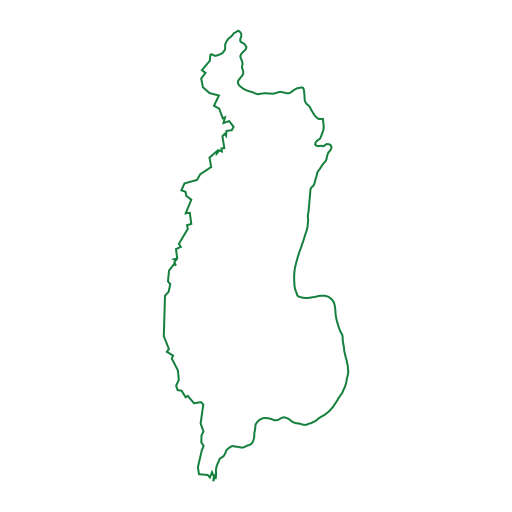 outline of IX-1 Rupununi West, Upper Takutu-Upper Essequibo, Guyana
{"feature_id": "73187651B14852666038275", "entity_name": "IX-1 Rupununi West", "entity_type": "district", "adm_level": 2, "iso_a3": "GUY", "parent_name": "Guyana", "parent_adm1": "Upper Takutu-Upper Essequibo", "projection": "robinson", "projection_center": [-59.236, 3.169], "detail": "fine", "context": "isolated", "style": "outline", "palette": "green", "viewbox_px": 512, "rotation_deg": 0, "n_neighbors": 0, "source": "geoboundaries", "source_scale": "gbopen_adm2", "svg_char_len": 6009}
<svg xmlns="http://www.w3.org/2000/svg" viewBox="0 0 512 512"><path d="M238.1,30.7L236.8,31.6L235.1,32.6L233.9,33.2L232.9,34.5L232.0,35.6L231.1,36.6L229.6,37.7L228.4,38.7L227.3,40.2L226.5,41.4L225.8,42.9L225.2,44.6L225.1,46.0L225.2,47.4L225.1,48.9L224.6,50.3L222.9,52.6L221.8,53.5L220.4,54.1L219.2,54.7L218.0,55.2L215.2,55.9L211.3,54.2L210.4,54.9L209.8,60.8L201.9,70.2L205.5,72.9L201.2,78.5L202.9,87.2L209.5,93.1L218.9,95.5L214.0,105.8L219.1,108.6L222.8,118.4L225.0,117.3L223.5,123.0L229.2,121.1L233.6,126.8L231.8,130.2L226.5,130.9L226.0,135.8L224.6,133.9L222.4,136.2L224.3,148.1L221.5,148.4L221.9,151.5L219.3,150.4L216.9,153.4L217.1,151.0L209.5,157.6L211.2,167.0L200.2,174.3L197.1,179.9L184.5,183.4L181.4,190.3L185.5,191.8L186.3,195.9L191.3,199.7L185.7,213.3L189.8,212.8L191.3,223.9L187.0,225.2L187.8,228.9L178.9,243.8L180.8,246.9L176.0,249.1L177.2,258.5L174.1,259.3L176.0,260.1L174.4,262.1L175.9,265.5L174.1,264.0L169.0,270.6L168.0,281.4L170.3,284.1L168.6,291.8L165.0,295.7L163.8,336.2L168.9,349.0L166.8,351.8L173.1,355.6L171.8,358.6L177.9,370.4L178.8,379.9L176.1,385.8L177.7,390.2L181.5,390.6L185.7,397.3L187.8,395.9L194.0,403.3L200.9,402.1L203.3,404.5L200.6,423.5L203.5,431.5L201.5,435.5L201.3,442.3L203.6,446.0L201.7,450.7L197.9,467.2L199.0,474.2L207.8,475.0L209.9,477.5L212.0,472.2L213.9,476.7L213.2,481.3L215.0,476.0L215.5,477.8L215.3,478.2L215.7,478.2L215.9,476.7L216.1,475.1L216.0,473.3L216.0,471.7L215.9,470.3L216.1,468.8L216.4,467.2L216.8,465.8L217.4,464.2L218.2,462.3L218.9,460.9L219.5,459.1L220.6,458.0L222.1,457.2L223.6,456.1L224.7,454.4L225.4,453.0L225.9,451.5L226.5,450.2L227.5,449.1L228.8,448.0L231.8,446.2L233.5,446.1L235.0,446.6L238.0,446.8L239.5,447.2L241.1,447.5L242.8,447.6L244.7,446.9L245.9,446.3L247.1,445.6L248.5,445.2L249.8,444.8L251.0,444.1L252.0,443.0L253.0,441.4L253.5,440.0L253.9,438.6L254.3,435.7L254.3,433.8L254.4,432.4L254.8,431.0L255.1,429.4L255.4,425.6L255.7,424.2L256.6,423.0L257.4,421.8L258.4,420.8L259.6,419.8L260.7,419.1L262.0,418.6L263.2,418.2L264.6,418.0L266.0,418.1L267.5,418.1L268.9,418.4L270.8,418.9L272.2,419.4L274.0,420.1L275.4,420.3L276.9,420.2L278.3,419.8L279.5,419.2L280.7,418.3L282.1,417.8L283.6,417.3L285.2,417.5L286.4,418.0L287.8,418.4L289.2,419.3L290.3,420.2L291.7,421.3L293.1,422.2L294.8,422.8L296.2,423.4L297.6,423.2L299.0,423.6L300.6,423.8L302.1,424.5L303.6,424.7L305.1,424.9L306.9,424.7L308.2,423.9L309.6,423.5L311.3,423.1L312.7,422.3L313.8,421.7L315.2,421.1L316.4,420.4L317.4,419.4L318.4,418.5L321.1,416.8L323.6,415.4L324.9,414.7L326.0,413.8L327.1,412.9L328.3,411.9L329.5,410.9L330.6,409.7L331.8,408.2L332.8,407.3L333.7,405.9L334.6,404.4L335.7,402.9L336.7,401.2L337.6,399.9L338.4,398.3L339.3,397.1L340.3,395.5L341.6,393.8L342.4,392.6L343.1,390.8L343.8,389.2L344.6,387.6L345.2,386.0L345.7,384.3L346.2,382.6L346.5,381.1L346.7,379.3L347.1,377.7L347.6,375.9L347.9,374.4L348.2,372.9L348.2,371.4L348.1,369.7L347.9,367.7L347.8,366.1L347.5,364.5L347.0,362.5L346.8,361.0L346.4,359.6L346.0,358.3L345.1,354.6L344.6,352.7L344.2,350.7L344.1,349.3L344.0,347.8L343.5,344.9L343.2,343.4L342.9,341.8L342.7,339.9L342.7,338.4L342.6,336.4L342.2,334.7L341.3,333.3L340.6,331.8L339.9,330.3L339.4,329.0L338.8,327.3L338.3,325.9L337.8,324.2L336.7,320.4L336.4,318.6L336.0,317.1L335.8,315.5L335.5,313.8L335.5,312.2L335.2,308.8L334.9,307.0L334.7,305.3L334.3,303.7L333.8,302.3L332.7,300.7L331.6,299.2L330.0,297.9L328.4,296.8L326.9,296.3L325.5,295.9L324.2,295.8L323.0,295.7L321.4,295.8L319.9,295.9L318.6,296.0L317.1,296.4L315.6,296.8L314.2,297.1L312.7,297.2L311.4,297.4L309.8,297.7L308.3,297.9L305.6,298.1L304.2,297.8L302.6,297.7L301.0,297.3L299.7,296.8L298.2,296.4L297.1,295.0L296.8,293.5L296.2,292.1L295.6,290.7L295.1,288.8L294.7,287.1L294.5,285.6L294.4,283.6L294.2,281.7L294.2,280.0L294.1,277.9L294.2,276.0L294.2,274.2L294.4,271.8L294.7,269.6L295.1,267.1L295.7,264.8L296.0,263.4L296.7,261.0L297.2,259.2L297.6,257.5L298.3,255.3L299.1,253.0L299.4,251.7L300.2,249.8L300.8,248.4L301.5,246.2L302.0,244.3L302.8,242.5L303.5,240.2L304.3,237.7L304.8,236.1L305.2,234.7L305.8,233.0L306.5,231.1L307.0,229.3L307.5,227.0L307.7,225.0L307.8,223.0L308.1,221.5L308.1,219.8L307.9,217.7L307.8,215.8L308.3,212.7L308.6,211.0L310.5,189.1L311.2,187.8L312.5,186.5L313.4,185.6L314.2,184.3L314.8,182.3L315.6,178.8L316.2,177.2L316.9,174.5L317.4,172.5L318.1,171.2L318.9,170.1L320.0,168.8L320.7,167.5L321.5,166.3L323.5,163.4L324.6,162.3L325.5,161.2L326.2,160.0L326.7,158.1L326.9,156.6L327.5,155.0L327.9,153.5L328.7,152.1L329.8,150.9L330.8,149.4L331.5,148.0L331.3,146.5L330.7,145.3L329.6,144.4L328.0,144.2L326.8,144.0L325.5,144.7L324.3,145.8L323.1,146.3L321.7,145.8L320.2,145.9L318.9,146.1L317.3,146.0L316.1,145.6L315.1,144.3L315.6,142.7L316.4,141.4L317.4,140.5L318.5,139.6L319.6,139.1L320.6,137.6L321.6,135.0L322.0,133.6L322.7,132.0L323.4,129.9L323.7,127.4L323.7,125.8L323.5,124.4L323.3,122.6L323.1,120.8L322.9,118.9L321.5,118.9L320.1,119.0L318.5,118.9L317.2,118.0L315.9,116.8L314.8,115.7L314.0,114.5L313.3,113.3L311.2,109.8L310.2,107.9L309.6,106.6L308.7,105.6L307.1,104.4L306.0,103.2L305.2,101.5L304.7,100.1L304.6,98.1L304.5,96.3L304.4,94.6L304.2,92.6L304.0,91.2L303.8,89.5L303.1,87.9L301.4,87.4L300.0,87.8L298.8,88.0L297.4,88.2L296.1,88.8L294.9,89.5L293.6,90.3L292.5,91.0L291.2,92.1L290.1,92.8L288.3,93.3L286.7,93.2L285.2,92.8L283.9,92.6L281.2,91.9L279.7,92.0L278.4,92.2L277.0,92.6L275.9,93.1L274.6,93.4L273.0,93.7L271.4,93.7L268.0,93.4L266.2,93.3L264.6,93.2L262.0,93.6L260.1,93.7L258.6,94.2L257.3,94.1L255.7,93.6L254.4,93.1L253.2,92.4L251.7,92.0L248.9,91.2L247.7,90.8L246.3,90.3L245.1,89.7L243.4,88.8L240.9,86.9L239.5,85.8L238.6,84.5L237.9,83.2L238.0,81.3L238.8,79.8L239.8,78.6L241.0,77.1L242.0,75.8L243.0,74.4L243.3,72.8L243.1,70.9L242.6,69.3L242.0,67.9L242.0,66.2L242.5,64.5L242.4,62.7L241.8,60.5L241.2,59.1L240.4,57.2L240.4,55.8L241.0,54.4L241.8,53.4L243.0,52.0L244.0,51.2L245.0,50.1L246.0,48.8L246.4,47.1L245.6,45.7L244.5,44.1L243.5,43.3L242.1,42.7L240.9,42.0L240.2,40.7L240.4,38.6L241.1,36.9L241.4,35.4L241.2,34.0L240.5,32.6L239.6,31.5L238.1,30.7Z" fill="none" stroke="#15803d" stroke-width="2"/></svg>